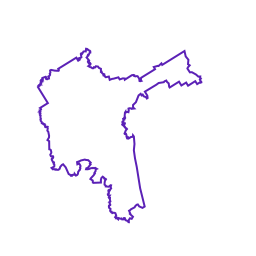 Zirņu pag., Saldus, Latvia, rotated 70°
{"feature_id": "27541924B62939624969676", "entity_name": "Zirņu pag.", "entity_type": "district", "adm_level": 2, "iso_a3": "LVA", "parent_name": "Latvia", "parent_adm1": "Saldus", "projection": "orthographic", "projection_center": [22.269, 56.702], "detail": "fine", "context": "isolated", "style": "outline", "palette": "violet", "viewbox_px": 256, "rotation_deg": 70, "n_neighbors": 0, "source": "geoboundaries", "source_scale": "gbopen_adm2", "svg_char_len": 5877}
<svg xmlns="http://www.w3.org/2000/svg" viewBox="0 0 256 256"><g transform="rotate(70 128 128)"><path d="M104.3,42.5L103.8,44.3L101.0,45.8L97.4,48.9L96.9,50.8L92.6,51.8L92.3,51.8L91.4,50.8L90.2,48.6L88.6,49.8L84.5,47.9L80.5,49.3L75.0,48.6L80.4,74.3L78.7,74.5L80.2,78.1L79.8,78.8L79.5,82.9L82.0,82.5L85.3,98.5L87.6,99.6L88.3,99.3L88.2,100.5L87.8,101.1L85.4,100.6L82.6,101.3L82.1,102.5L82.0,103.5L81.1,104.5L80.5,104.1L80.1,104.5L79.7,106.3L81.5,114.4L80.4,114.1L79.6,115.8L79.5,119.2L77.1,119.7L76.7,124.8L76.4,126.2L76.5,128.7L73.1,128.4L72.7,131.5L71.9,132.0L70.3,132.0L70.5,132.8L70.3,133.1L69.8,133.0L69.6,132.2L69.3,132.0L68.3,133.2L67.5,133.6L65.8,133.5L65.5,133.7L65.6,134.1L63.1,133.2L61.7,134.7L60.0,135.2L59.0,137.1L59.8,138.1L59.2,139.2L60.0,139.9L59.9,140.5L59.6,141.1L58.3,141.9L58.0,142.6L56.3,144.1L55.7,142.2L55.4,142.1L55.4,141.6L54.8,141.2L53.8,141.5L53.7,141.9L53.8,142.7L52.1,143.1L51.6,142.8L51.8,141.7L51.4,141.4L47.6,142.8L47.3,142.1L45.7,140.7L46.2,140.3L44.1,138.2L44.2,137.6L43.0,137.2L42.4,137.4L42.0,138.0L40.7,138.7L40.6,139.2L39.7,139.4L39.2,140.3L41.6,141.5L41.1,142.7L40.9,143.7L42.3,145.3L41.9,145.4L41.9,146.6L42.2,147.0L45.6,147.6L46.1,149.5L45.6,149.8L45.7,150.9L47.3,150.1L47.6,151.3L47.7,151.8L44.2,152.5L48.5,173.3L49.9,173.1L50.5,173.7L49.1,177.1L47.1,180.4L47.3,181.5L49.5,182.0L50.2,183.0L51.4,183.0L52.0,183.8L52.3,185.1L52.9,184.9L54.4,185.3L54.3,185.6L54.6,187.0L54.1,188.1L53.5,188.2L52.6,187.4L51.7,187.8L51.7,191.2L52.0,191.2L52.1,191.6L52.3,191.7L52.4,191.4L52.8,191.4L52.8,191.8L53.1,191.8L53.1,192.6L53.8,192.3L53.7,192.6L54.0,192.6L53.7,192.9L53.8,193.5L54.3,193.2L54.8,194.1L55.5,193.7L55.8,194.2L55.3,194.1L55.8,194.8L56.4,195.3L56.7,195.0L57.1,196.1L57.4,195.8L57.3,196.6L57.5,196.6L57.4,196.8L57.6,197.0L57.6,197.4L58.0,197.5L57.8,197.9L58.1,198.7L57.9,198.8L77.2,194.8L79.1,203.8L79.7,203.4L80.7,203.3L81.2,204.0L81.2,204.5L82.0,204.6L81.8,204.9L82.1,204.9L82.1,205.2L82.4,205.2L82.5,205.6L82.7,205.3L83.7,205.8L83.7,205.4L84.5,205.3L85.8,206.3L86.6,205.9L87.1,206.3L88.6,206.8L89.6,206.7L89.9,207.2L90.1,207.1L91.3,207.6L93.0,207.0L93.9,207.4L94.8,206.7L94.7,206.5L94.7,206.2L95.3,206.1L95.3,205.7L95.9,205.1L96.3,205.6L97.2,204.8L98.4,205.5L98.9,205.4L99.3,204.6L99.2,203.4L99.4,203.1L100.0,203.5L100.9,203.5L102.9,204.7L104.2,204.2L108.3,204.8L109.9,205.5L111.8,207.8L113.4,206.6L121.8,209.5L121.2,208.9L122.2,208.1L124.4,208.3L125.1,208.6L126.6,210.2L128.1,210.1L128.6,209.6L128.6,208.9L128.8,208.2L129.4,208.1L130.0,208.3L130.8,209.1L130.8,210.1L131.6,210.5L134.8,210.1L134.8,209.4L135.1,209.3L136.4,210.1L137.0,209.7L137.7,209.9L139.0,210.5L139.4,213.5L141.1,212.8L141.3,211.7L141.6,211.1L142.3,210.7L142.1,209.8L142.8,209.4L143.4,208.0L143.4,207.3L143.1,206.9L143.0,206.2L141.3,204.9L140.1,202.7L139.9,201.4L143.7,200.0L151.0,199.5L152.0,198.5L153.4,198.0L153.7,197.1L153.0,196.8L153.2,196.0L153.1,195.4L153.6,194.8L153.5,194.1L152.9,193.8L154.9,193.2L154.7,191.7L153.9,190.7L152.0,189.7L151.8,189.1L151.1,188.5L150.8,187.9L150.9,187.6L149.5,186.5L148.9,186.7L147.5,185.6L146.3,185.7L144.7,186.1L144.8,188.0L142.6,187.5L142.6,184.6L142.4,183.4L142.9,179.3L143.5,178.7L144.6,176.4L147.8,174.9L148.5,176.0L149.4,175.6L152.0,180.0L151.6,180.5L151.6,180.9L152.4,181.5L153.0,180.0L153.2,178.4L153.1,176.8L153.3,175.6L153.6,175.1L153.5,174.5L154.1,173.8L154.2,172.5L155.7,171.3L155.8,172.5L157.4,173.2L158.8,175.0L159.4,174.7L160.7,176.5L162.5,180.1L163.1,180.8L165.3,179.1L167.2,179.7L167.7,179.3L170.0,172.1L167.4,171.2L165.8,170.0L165.1,168.4L166.6,167.5L167.3,167.7L167.8,167.4L168.0,166.5L168.6,166.2L169.8,167.8L171.7,168.8L173.2,169.4L174.6,168.6L175.3,168.9L176.6,166.1L175.8,164.0L176.1,163.5L177.5,164.5L179.0,164.5L179.8,166.1L180.5,166.4L180.6,166.6L179.7,167.1L179.9,167.7L180.9,167.5L181.1,167.7L181.1,168.1L181.4,168.2L181.7,167.9L182.8,168.3L183.3,169.6L183.9,169.7L184.0,169.2L184.9,168.9L185.2,168.2L186.4,169.8L187.2,169.7L187.2,169.2L187.4,168.8L189.1,169.5L191.0,169.7L191.3,170.9L191.7,170.6L192.3,171.0L194.2,170.9L194.4,171.1L194.4,172.0L194.4,172.4L195.1,172.8L196.0,172.8L196.4,173.1L198.1,172.1L199.4,173.0L200.1,173.1L201.1,172.7L200.8,172.3L201.0,172.0L202.6,171.8L202.6,170.7L203.2,169.5L203.7,169.0L206.1,169.0L206.5,169.6L207.0,169.9L207.4,170.6L207.6,170.5L207.5,169.8L208.2,169.2L208.9,169.9L209.3,169.0L210.5,168.4L209.5,167.5L210.8,165.9L210.8,165.0L211.9,164.8L212.4,163.2L211.3,162.7L211.5,161.9L213.9,161.7L215.6,159.8L216.6,159.8L216.8,159.4L214.8,158.8L213.5,157.0L214.6,155.6L213.1,153.7L209.8,155.4L209.8,155.1L206.1,155.3L205.9,154.0L205.4,153.1L204.8,148.9L203.9,147.9L203.1,146.1L203.2,144.9L205.5,144.3L208.0,141.7L207.5,139.2L188.8,137.2L167.6,133.1L158.9,131.8L150.9,130.1L145.3,127.4L138.0,125.4L136.6,125.8L137.5,126.3L137.8,127.1L137.4,128.2L138.0,130.4L138.1,131.4L137.5,132.4L136.9,132.4L137.0,131.5L136.6,131.2L136.1,132.0L135.1,132.3L134.5,131.9L132.8,131.9L132.6,133.0L132.1,133.2L129.5,130.9L128.6,129.3L128.3,129.4L128.4,130.0L127.1,130.1L126.5,130.7L125.7,130.5L125.2,131.1L124.6,130.9L123.7,131.9L122.8,132.3L122.0,131.5L123.2,129.9L122.8,129.4L122.3,129.4L122.2,130.3L120.5,131.3L120.2,131.1L119.9,129.8L117.8,129.4L117.9,129.0L118.6,128.8L118.7,128.4L117.9,128.1L117.8,127.6L116.9,127.8L116.8,127.1L115.7,127.1L112.5,125.6L111.9,124.8L112.7,125.0L112.6,123.2L113.3,122.2L111.8,121.3L109.9,120.9L109.9,120.0L110.7,118.2L111.2,118.1L111.8,115.5L110.4,116.2L108.1,115.4L106.5,111.8L101.0,106.9L100.2,104.4L102.2,104.0L102.2,103.3L101.8,102.7L103.7,102.3L105.2,100.5L106.7,100.2L106.5,99.3L104.2,98.8L99.6,99.7L97.0,86.5L96.2,83.8L97.2,78.7L96.6,77.7L96.5,75.8L98.0,75.6L100.0,74.5L103.3,75.2L104.2,75.0L101.9,64.2L106.3,63.3L105.2,57.8L108.8,57.1L107.0,48.8L110.4,48.0L109.6,44.2L110.2,44.2L110.2,43.7L109.8,43.8L109.5,43.4L108.1,43.9L107.3,43.8L106.8,43.1L106.6,43.5L105.9,42.8L105.3,43.0L104.3,42.5Z" fill="none" stroke="#5b21b6" stroke-width="2"/></g></svg>